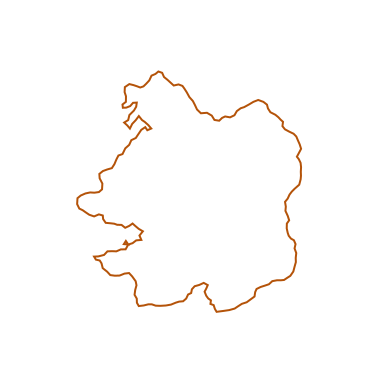 Piedade do Rio Grande, Minas Gerais, Brazil, rotated 56°
{"feature_id": "56859067B43663283125641", "entity_name": "Piedade do Rio Grande", "entity_type": "district", "adm_level": 2, "iso_a3": "BRA", "parent_name": "Brazil", "parent_adm1": "Minas Gerais", "projection": "orthographic", "projection_center": [-44.166, -21.486], "detail": "fine", "context": "isolated", "style": "outline", "palette": "amber", "viewbox_px": 384, "rotation_deg": 56, "n_neighbors": 0, "source": "geoboundaries", "source_scale": "gbopen_adm2", "svg_char_len": 2937}
<svg xmlns="http://www.w3.org/2000/svg" viewBox="0 0 384 384"><g transform="rotate(56 192 192)"><path d="M137.8,294.0L142.7,294.7L146.0,292.8L149.2,291.6L153.4,289.9L157.5,286.8L158.5,281.7L161.6,279.1L164.7,280.8L169.3,280.8L172.4,277.0L174.8,274.2L177.3,272.4L179.9,268.8L184.3,267.4L185.0,263.0L184.9,258.9L188.5,258.0L192.7,256.8L197.1,254.7L198.7,259.9L203.4,260.8L200.9,265.3L201.2,269.9L199.9,274.2L202.4,279.1L199.8,283.1L198.9,287.9L196.4,291.3L193.9,295.3L195.0,300.1L193.0,305.7L190.8,309.3L194.3,309.5L197.2,306.8L200.6,306.9L205.2,308.6L210.6,306.9L215.2,306.2L218.3,302.7L220.8,298.7L221.9,293.6L224.0,289.5L228.5,288.8L234.5,288.6L238.3,290.2L241.4,293.8L245.1,297.1L249.5,297.4L253.0,299.6L256.8,299.9L259.1,295.4L260.7,291.0L262.7,288.1L265.9,285.7L268.6,282.0L271.5,277.1L273.6,272.4L274.7,267.2L275.7,263.9L277.6,260.5L277.1,256.4L274.8,252.6L275.3,249.2L272.6,246.5L271.6,242.5L273.1,238.0L273.9,233.1L278.0,231.0L280.1,234.3L281.7,237.3L285.9,238.2L289.3,238.1L292.4,236.9L295.1,239.3L297.9,237.3L301.7,238.4L305.1,238.6L308.1,232.6L310.7,227.2L312.5,221.8L312.5,218.1L312.6,213.2L314.0,208.3L313.8,203.5L313.6,198.6L310.3,195.6L308.5,192.7L309.1,188.3L310.4,183.8L311.5,179.8L310.8,175.3L312.7,170.9L314.7,168.0L316.4,164.9L316.4,161.3L316.5,157.4L314.6,152.5L311.0,148.4L308.2,145.1L304.7,142.9L300.9,139.7L296.1,138.5L293.1,135.3L289.0,134.5L286.0,136.0L282.4,136.3L279.4,135.5L275.1,133.8L271.2,131.0L269.8,127.3L265.4,126.0L259.9,125.1L256.6,122.4L252.2,120.4L251.0,116.4L248.7,112.6L247.5,109.1L246.7,105.1L245.9,99.0L242.2,94.8L239.5,92.6L236.1,90.5L232.4,87.7L228.6,85.7L224.5,85.1L221.4,85.3L219.2,81.1L217.2,77.4L212.8,76.1L207.8,75.2L204.3,74.5L200.5,75.2L196.4,77.6L192.0,79.9L188.0,80.2L184.7,77.3L181.5,78.1L178.3,78.6L174.6,79.7L169.7,82.4L165.2,82.3L161.5,81.0L157.2,82.4L152.7,85.7L151.6,90.7L151.3,95.9L150.8,101.3L149.8,104.8L150.0,109.6L152.1,113.9L151.4,118.7L147.9,122.3L147.4,125.6L148.1,129.6L144.8,133.1L139.7,132.9L134.7,135.3L131.7,140.6L126.4,141.7L121.3,140.9L117.1,140.4L111.9,141.1L106.5,140.6L101.9,140.5L98.7,140.6L95.3,143.0L93.5,147.6L89.8,148.5L85.3,149.6L81.0,150.9L76.5,150.1L73.3,152.5L73.7,156.3L72.9,160.5L75.6,165.0L76.7,169.7L77.3,173.2L76.4,176.5L73.7,178.4L70.7,180.7L67.5,183.6L67.5,189.0L71.5,192.0L75.7,193.2L80.3,196.4L80.6,200.7L83.5,202.2L85.3,199.3L86.2,195.2L85.1,191.0L87.0,187.8L90.1,190.6L92.0,194.6L93.2,200.9L96.7,204.7L96.5,209.4L100.7,208.4L104.7,208.0L102.1,203.5L101.0,198.5L99.3,193.6L104.4,193.2L107.4,192.0L112.1,190.8L116.6,190.3L115.8,194.5L112.1,194.5L112.1,199.3L114.2,204.5L115.8,208.4L115.1,213.3L117.8,217.7L118.5,222.9L121.7,228.4L120.6,232.6L122.7,236.4L125.5,240.7L127.4,245.1L125.9,249.7L124.8,254.2L125.2,258.7L129.0,260.9L134.9,261.6L139.5,265.1L140.0,269.2L138.0,273.3L135.4,276.7L133.6,281.2L132.7,286.2L133.1,290.4L137.8,294.0ZM199.9,274.2L195.6,274.2L197.1,277.6L199.9,274.2Z" fill="none" stroke="#b45309" stroke-width="2"/></g></svg>